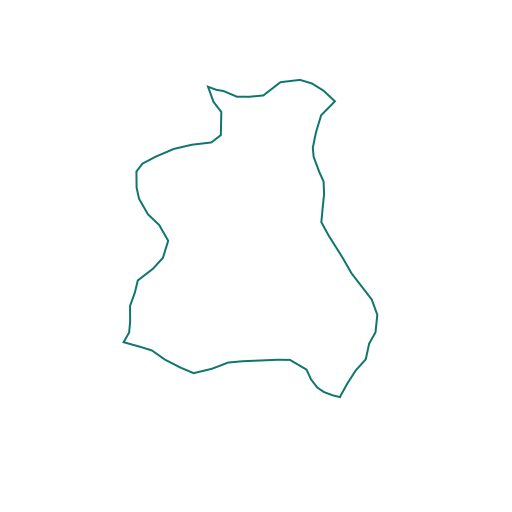 the district of Hoeyang, Kangwŏn-do, North Korea, rotated 322°
{"feature_id": "82179303B10482682881188", "entity_name": "Hoeyang", "entity_type": "district", "adm_level": 2, "iso_a3": "PRK", "parent_name": "North Korea", "parent_adm1": "Kangwŏn-do", "projection": "orthographic", "projection_center": [127.64, 38.756], "detail": "fine", "context": "isolated", "style": "outline", "palette": "teal", "viewbox_px": 512, "rotation_deg": 322, "n_neighbors": 0, "source": "geoboundaries", "source_scale": "gbopen_adm2", "svg_char_len": 1040}
<svg xmlns="http://www.w3.org/2000/svg" viewBox="0 0 512 512"><g transform="rotate(322 256 256)"><path d="M198.8,140.7L196.5,156.7L198.8,172.0L196.2,189.9L181.6,200.1L167.1,202.6L147.8,202.5L138.1,210.2L126.0,217.8L116.2,230.5L108.9,238.2L98.6,242.4L108.7,256.1L115.8,266.3L120.5,281.7L127.6,297.1L134.7,309.9L151.5,317.6L168.4,322.8L180.4,330.5L194.8,340.8L209.2,351.1L218.8,358.8L225.9,376.7L223.4,387.0L223.3,397.2L225.7,404.9L230.4,412.6L235.3,418.9L237.7,417.7L249.8,412.6L264.4,407.5L278.9,405.0L291.1,394.8L303.2,389.7L315.4,377.0L320.4,361.6L320.5,346.3L320.6,328.4L323.2,310.5L325.8,284.9L328.3,269.6L338.0,259.3L347.8,249.1L355.1,238.9L357.6,228.7L362.5,213.3L367.4,205.7L379.5,195.4L394.0,185.2L413.4,182.7L411.0,167.3L406.3,154.5L399.1,144.3L382.3,134.1L360.6,134.0L348.6,126.3L339.0,118.7L331.9,105.9L327.1,100.7L322.4,93.1L317.4,108.4L317.3,121.2L302.7,139.1L290.7,139.0L273.9,128.8L257.1,121.0L237.9,115.9L223.4,113.3L213.8,115.8L204.0,128.6L199.1,138.8L198.8,140.7Z" fill="none" stroke="#0f766e" stroke-width="2"/></g></svg>